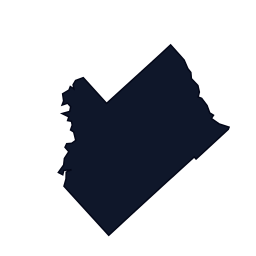 outline of Hempstead, Arkansas, United States of America, rotated 46°
{"feature_id": "52423323B95130922587904", "entity_name": "Hempstead", "entity_type": "district", "adm_level": 2, "iso_a3": "USA", "parent_name": "United States of America", "parent_adm1": "Arkansas", "projection": "albers", "projection_center": [-93.734, 33.742], "detail": "fine", "context": "isolated", "style": "filled", "palette": "ink", "viewbox_px": 256, "rotation_deg": 46, "n_neighbors": 0, "source": "geoboundaries", "source_scale": "gbopen_adm2", "svg_char_len": 870}
<svg xmlns="http://www.w3.org/2000/svg" viewBox="0 0 256 256"><g transform="rotate(46 128 128)"><path d="M198.6,56.8L197.6,54.7L188.4,59.6L179.0,61.4L178.2,57.6L173.9,58.7L166.7,55.5L157.8,54.4L154.4,56.0L151.7,51.7L146.0,48.2L136.5,48.1L131.7,44.2L126.8,43.7L118.1,40.4L97.8,39.6L97.4,58.9L95.4,126.3L60.7,125.2L57.4,132.7L58.7,137.4L62.3,139.8L58.1,140.7L59.7,144.1L58.0,151.3L63.8,155.5L65.7,159.5L68.2,154.2L72.8,154.4L75.6,158.4L71.8,165.4L78.9,162.8L80.7,166.3L83.9,164.0L87.2,166.1L89.5,170.7L93.1,169.8L96.9,172.0L100.6,174.2L99.9,179.1L96.7,183.0L98.1,186.7L103.9,187.0L105.7,194.9L109.9,199.9L111.6,209.0L116.3,207.4L113.9,203.7L118.8,197.4L116.8,203.1L121.6,208.0L125.4,214.5L149.5,215.2L191.8,216.4L192.4,187.4L193.7,136.5L193.9,131.1L194.0,129.3L194.1,124.5L194.8,100.5L197.6,100.6L198.6,56.8Z" fill="#0f172a" stroke="#020617" stroke-width="1.5"/></g></svg>